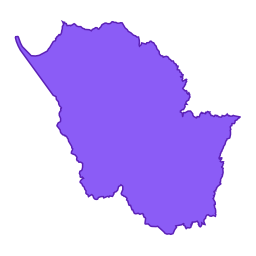 outline of Andilamena, Alaotra-Mangoro, Madagascar
{"feature_id": "10022922B97539486376385", "entity_name": "Andilamena", "entity_type": "district", "adm_level": 2, "iso_a3": "MDG", "parent_name": "Madagascar", "parent_adm1": "Alaotra-Mangoro", "projection": "natural_earth1", "projection_center": [48.448, -16.737], "detail": "fine", "context": "isolated", "style": "filled", "palette": "violet", "viewbox_px": 256, "rotation_deg": 0, "n_neighbors": 0, "source": "geoboundaries", "source_scale": "gbopen_adm2", "svg_char_len": 5831}
<svg xmlns="http://www.w3.org/2000/svg" viewBox="0 0 256 256"><path d="M223.4,161.8L222.4,161.7L221.4,162.1L220.3,161.3L220.9,159.7L221.7,158.8L221.7,157.8L220.7,157.9L220.3,158.5L219.4,159.0L219.0,158.0L220.3,155.0L220.3,153.8L220.9,153.1L221.0,152.2L222.0,150.9L221.9,150.5L223.3,147.8L223.5,146.5L224.9,144.6L225.8,141.3L226.8,140.0L227.0,139.0L229.3,138.2L229.8,137.8L230.5,134.5L230.5,131.8L230.2,130.2L230.8,129.7L230.2,126.9L230.9,125.9L231.8,125.6L232.0,123.6L234.4,123.5L234.9,122.5L235.2,120.6L237.0,119.9L238.5,118.1L239.3,117.9L239.9,117.1L240.6,117.0L234.1,115.8L233.2,115.4L232.1,116.1L230.1,116.2L229.5,115.6L228.6,115.8L227.2,114.0L226.6,114.9L224.4,116.1L222.2,115.5L221.9,116.6L221.1,117.2L218.4,116.7L217.6,115.6L216.5,115.9L216.0,115.2L214.9,115.3L214.4,116.4L213.7,116.5L212.7,115.7L211.0,115.5L210.7,114.3L209.4,113.1L209.9,112.1L209.1,112.1L207.6,111.5L206.4,112.5L205.7,112.4L205.6,113.6L205.2,113.7L203.6,113.1L202.6,113.4L202.2,113.3L202.1,112.6L201.5,112.4L200.1,114.3L199.3,116.8L197.1,116.6L196.7,117.7L196.3,117.9L193.6,116.4L192.8,115.0L192.7,113.7L190.6,111.1L188.0,111.1L185.0,112.8L183.8,112.5L183.3,113.3L182.8,116.2L182.6,116.3L182.2,113.1L181.5,112.4L180.4,112.1L180.4,111.0L182.7,109.5L183.5,109.6L185.1,106.7L184.8,105.3L185.3,104.2L186.9,104.3L185.9,103.1L185.9,102.2L186.7,101.6L187.0,100.9L188.6,100.1L189.2,98.2L190.0,97.0L189.6,95.7L189.7,94.5L188.8,92.7L188.4,93.1L188.3,94.1L188.0,94.2L186.8,92.8L187.0,91.8L186.6,90.9L186.1,90.6L185.3,91.0L182.8,88.6L183.0,88.0L184.4,86.3L184.7,85.2L185.4,84.7L185.6,83.0L186.6,81.5L186.1,80.8L186.7,79.6L186.4,79.3L185.9,79.4L182.8,81.2L182.3,80.6L182.1,79.5L182.7,78.6L182.7,77.8L181.9,77.1L180.7,77.0L180.6,76.6L182.7,76.3L183.1,74.8L181.7,74.2L181.6,73.4L180.7,72.2L179.8,72.0L179.6,70.1L177.3,69.6L177.6,68.7L177.3,67.9L177.9,67.3L178.1,66.2L176.3,65.7L176.3,64.4L174.1,63.0L173.3,61.0L171.5,61.0L170.5,59.6L169.2,59.0L168.7,57.9L167.8,56.8L166.4,56.3L164.4,56.7L163.2,57.2L162.7,56.0L160.9,55.7L159.4,53.9L159.1,51.4L157.0,49.0L156.0,45.9L155.2,45.3L153.6,42.7L152.6,42.6L151.1,41.2L150.2,41.2L149.2,42.5L146.7,42.8L146.1,43.9L145.6,44.0L141.7,42.9L141.1,44.8L139.5,46.2L139.1,44.9L139.4,42.4L139.3,40.3L138.5,37.0L137.1,37.1L135.4,35.8L133.5,35.2L131.0,32.9L128.3,31.4L127.2,29.6L125.1,27.9L122.2,22.9L120.8,22.7L119.1,23.2L117.4,23.2L116.0,22.4L113.9,22.3L112.9,21.7L111.8,21.9L110.5,23.4L109.3,23.7L107.7,23.7L106.2,23.1L105.0,23.1L102.0,24.7L100.7,27.1L99.9,27.7L99.1,28.9L98.2,29.1L97.4,28.0L96.8,27.7L95.4,27.7L94.5,28.5L92.4,29.4L91.3,30.8L89.3,29.7L84.8,29.4L84.1,28.7L82.6,28.3L80.8,26.6L78.2,26.6L76.3,25.8L75.6,24.6L74.1,23.7L71.0,25.6L70.5,25.7L70.2,25.3L67.1,25.6L66.3,23.6L64.9,23.3L64.6,22.3L63.7,22.3L62.6,21.7L63.2,22.9L63.5,24.7L62.4,26.4L62.3,28.8L61.6,31.2L61.7,32.0L60.9,34.1L59.9,35.1L59.5,34.6L59.0,34.6L57.7,36.3L56.7,37.0L56.5,38.0L55.6,38.4L55.8,39.2L55.4,40.7L53.3,41.5L49.6,47.8L48.7,48.6L47.2,51.1L39.3,55.3L35.4,56.0L31.2,55.7L22.3,46.6L20.6,43.3L18.3,36.9L17.8,36.5L15.7,36.7L15.4,37.6L16.3,41.2L18.2,45.9L20.4,50.1L53.2,95.3L56.0,96.6L56.4,99.5L58.4,101.7L58.9,104.5L59.8,106.1L61.4,107.7L61.3,108.3L60.7,108.7L60.8,110.8L60.1,111.4L59.2,113.2L59.3,115.5L60.6,118.3L60.6,120.9L60.4,121.6L58.2,122.9L57.0,125.3L57.0,125.9L60.1,129.9L60.5,132.0L61.1,133.1L62.8,134.8L64.2,135.1L64.5,135.7L65.3,135.5L65.7,135.7L65.9,136.3L67.0,137.0L67.3,137.9L68.2,139.1L68.6,141.2L71.7,146.4L71.8,147.9L72.7,148.8L72.3,150.3L71.6,151.4L71.3,153.1L72.3,153.8L74.9,154.8L76.0,155.9L77.0,157.3L76.6,159.2L77.1,160.6L77.8,160.7L78.9,162.2L80.7,162.1L82.6,163.4L82.6,167.1L82.1,169.6L81.5,170.5L79.9,171.3L79.4,173.4L80.2,175.0L80.2,176.9L80.8,177.3L82.4,177.1L83.5,178.3L81.9,179.1L80.2,181.3L80.1,182.1L80.4,182.7L81.5,183.3L82.5,185.0L82.5,185.6L84.1,187.0L84.8,189.2L86.0,190.8L85.9,193.2L86.5,194.0L87.9,194.7L88.5,196.6L91.7,194.6L93.0,195.8L93.6,197.7L94.6,198.9L95.5,199.3L96.9,199.4L97.7,199.0L98.4,197.5L101.0,196.6L103.3,196.6L103.8,197.9L107.3,196.4L108.1,196.4L108.9,197.1L109.6,196.0L112.5,196.4L113.9,193.9L113.7,193.0L114.2,192.9L115.0,192.0L116.1,191.7L117.6,190.2L118.6,186.5L120.3,185.6L120.9,184.8L122.5,186.0L122.8,186.7L122.8,189.6L121.2,193.4L121.5,194.4L122.2,195.2L123.4,195.6L124.1,196.4L125.0,196.4L126.7,197.9L127.0,198.6L126.6,199.9L128.0,201.2L127.9,201.9L128.3,202.6L128.8,204.9L129.5,205.4L130.5,205.3L132.0,209.8L132.7,209.8L134.4,213.4L135.8,213.8L138.2,213.3L139.9,214.3L142.2,213.5L143.4,214.3L143.5,214.8L143.2,215.0L143.8,216.5L144.5,217.1L144.4,217.4L145.1,217.5L145.6,218.3L145.0,223.4L145.3,224.0L148.3,224.0L150.4,226.0L151.6,226.4L156.0,226.6L157.7,226.3L163.8,231.8L165.0,233.3L167.0,234.1L169.1,233.8L170.8,234.3L173.0,233.6L174.7,229.7L176.5,227.3L175.8,225.9L181.5,224.8L183.4,223.6L183.8,223.8L183.6,225.1L185.5,226.5L185.4,227.4L186.2,228.6L187.5,227.6L189.5,227.9L190.7,227.4L191.1,226.3L191.1,224.3L191.4,224.1L191.8,224.6L192.4,223.1L192.1,222.5L192.2,222.2L195.4,221.9L197.2,221.2L198.7,223.3L198.3,224.2L198.9,224.7L198.9,225.6L199.6,226.5L200.4,226.8L200.9,226.4L202.0,224.3L201.8,222.9L203.9,224.3L205.0,224.5L203.9,221.7L203.9,220.5L204.2,219.5L205.6,218.2L205.8,216.6L206.8,215.2L208.2,214.7L209.6,215.9L210.8,216.2L211.6,216.2L213.1,215.4L215.4,216.3L215.8,214.4L215.3,213.2L215.7,212.6L215.6,210.1L215.3,208.7L214.6,207.6L214.7,207.0L214.2,205.5L214.4,204.5L215.1,204.6L215.3,204.1L215.1,202.2L213.1,198.6L213.6,198.3L213.6,197.7L214.2,196.3L213.8,195.6L214.3,195.6L214.9,193.9L214.9,192.9L214.0,191.8L214.5,191.1L215.8,190.9L215.7,189.9L216.6,188.6L216.5,187.9L218.1,186.0L220.8,183.9L220.7,183.3L220.1,183.2L219.9,182.6L220.6,181.2L220.6,179.3L222.5,175.8L222.3,174.6L222.8,174.2L223.1,172.3L222.8,169.5L223.2,168.3L221.8,167.4L221.7,166.8L222.3,166.4L222.8,165.4L222.8,164.7L223.5,163.2L223.1,162.4L223.4,161.8Z" fill="#8b5cf6" stroke="#5b21b6" stroke-width="1.5"/></svg>